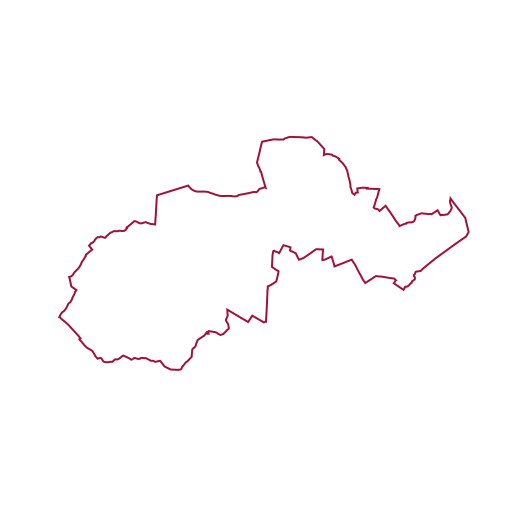 the district of Madaras, Bihor, Romania, rotated 151°
{"feature_id": "2599482B85096243126104", "entity_name": "Madaras", "entity_type": "district", "adm_level": 2, "iso_a3": "ROU", "parent_name": "Romania", "parent_adm1": "Bihor", "projection": "albers", "projection_center": [21.733, 46.85], "detail": "fine", "context": "isolated", "style": "outline", "palette": "rose", "viewbox_px": 512, "rotation_deg": 151, "n_neighbors": 0, "source": "geoboundaries", "source_scale": "gbopen_adm2", "svg_char_len": 6119}
<svg xmlns="http://www.w3.org/2000/svg" viewBox="0 0 512 512"><g transform="rotate(151 256 256)"><path d="M397.0,346.0L396.2,341.0L404.1,339.6L404.7,338.7L405.6,338.1L409.1,336.2L411.1,335.3L413.5,333.4L415.6,332.1L416.7,331.6L418.7,330.8L419.7,330.7L420.5,330.3L422.1,330.0L423.4,329.4L425.1,328.4L425.7,328.2L427.5,327.8L428.7,328.0L429.6,328.3L430.1,326.0L432.3,318.9L429.6,313.2L431.9,312.2L432.7,311.2L433.1,310.9L435.5,309.3L436.8,308.5L437.6,307.7L438.9,306.7L440.4,305.8L441.4,305.5L443.0,305.3L443.4,305.1L446.2,303.1L448.0,302.0L450.5,301.0L452.1,300.8L453.4,300.5L454.6,300.0L457.3,298.2L457.5,298.0L457.1,297.8L457.1,296.6L456.2,294.0L454.9,290.9L453.5,286.9L449.8,271.4L449.7,270.1L449.4,269.2L450.8,268.9L450.6,266.9L450.1,265.8L450.0,264.4L449.8,263.8L449.3,260.8L448.3,257.7L447.8,256.8L445.3,252.7L445.1,252.1L445.0,247.3L445.1,246.3L444.7,244.8L444.4,243.0L441.7,242.4L441.4,242.2L440.8,241.1L440.7,238.8L440.6,238.0L440.4,237.4L440.1,237.1L439.6,236.4L439.2,236.1L437.6,235.2L436.1,234.4L434.9,234.3L433.4,233.3L432.9,233.1L429.6,233.9L429.1,233.7L428.2,233.2L427.4,232.8L426.0,232.6L425.3,232.6L421.0,233.3L420.3,233.2L416.6,228.2L415.7,226.3L415.2,225.7L414.9,225.6L414.4,225.6L412.3,225.8L411.7,225.7L411.4,225.5L409.0,223.1L407.3,222.4L406.1,222.6L405.7,222.5L401.8,220.0L401.6,219.8L398.7,215.3L396.9,214.3L396.5,213.9L395.5,212.3L395.0,212.1L390.7,210.9L390.6,210.7L389.5,203.6L385.6,198.0L381.6,195.6L380.6,194.9L378.4,193.8L377.6,193.5L376.8,193.3L376.6,193.3L375.8,193.6L374.3,194.8L369.3,196.8L368.7,197.0L366.9,197.2L361.3,199.0L360.9,199.3L360.6,199.9L357.0,205.2L355.6,205.7L353.7,206.0L352.7,206.4L351.1,208.0L347.8,210.8L347.2,210.9L339.7,211.5L336.5,213.0L336.4,211.8L336.2,211.6L335.2,211.1L335.2,211.4L334.8,211.9L334.6,213.1L334.0,213.2L333.7,213.2L333.4,213.0L328.4,209.0L327.8,208.2L327.3,207.4L326.9,206.4L326.5,205.7L325.6,204.5L325.2,204.1L322.6,203.6L316.9,205.3L315.4,205.5L314.9,205.8L314.7,206.2L313.4,209.8L313.4,210.2L313.6,213.9L313.5,214.2L313.2,214.8L312.8,215.2L310.0,217.3L309.5,217.8L309.1,218.9L308.5,220.2L307.1,223.0L299.3,209.5L297.1,205.9L294.9,202.1L288.2,205.6L281.3,194.1L280.0,194.1L279.5,194.0L279.1,193.7L272.2,204.7L262.8,220.0L262.6,220.3L262.6,220.5L261.4,222.0L260.4,223.7L256.9,223.4L251.6,223.8L250.9,223.9L250.5,224.1L247.5,227.2L244.9,230.2L243.7,231.7L244.9,233.8L246.6,237.2L247.3,238.8L242.7,246.2L241.7,247.9L240.6,249.4L238.5,251.9L238.4,251.9L237.6,251.9L237.3,251.5L237.1,250.9L236.8,250.4L235.5,249.2L234.4,247.3L226.8,252.1L223.5,248.9L221.6,246.8L223.6,244.3L219.9,239.1L220.3,232.0L219.5,231.8L215.5,231.2L207.0,232.0L200.1,232.8L194.2,229.2L199.4,221.2L199.7,220.7L199.9,220.2L197.4,219.4L190.2,219.0L190.1,218.9L191.6,211.8L192.4,208.8L174.1,206.4L173.6,200.2L173.6,198.6L173.8,195.5L173.9,190.7L173.8,188.6L174.0,183.5L173.5,179.4L160.9,180.3L155.4,176.5L149.4,171.7L146.1,169.3L145.9,169.0L145.8,168.7L145.7,167.8L145.4,166.9L145.9,166.8L148.7,165.3L143.4,154.9L142.1,155.5L141.7,155.8L141.4,156.3L141.0,156.6L140.5,156.7L139.9,156.5L139.5,156.2L138.7,156.1L137.8,156.0L136.6,156.2L133.3,157.3L133.0,157.1L132.6,157.4L131.9,158.1L131.7,158.2L128.5,158.6L127.9,159.3L127.6,159.9L127.4,160.4L127.6,161.4L127.6,162.0L127.4,162.4L127.3,162.7L125.5,163.4L124.4,164.5L123.9,164.7L123.4,164.7L121.0,163.7L119.0,163.1L116.9,163.8L115.7,164.1L100.1,166.9L75.7,169.9L62.7,171.2L58.4,173.9L54.5,187.9L57.5,208.0L57.9,211.1L58.0,212.0L59.1,210.4L59.5,210.4L60.3,208.6L60.8,206.8L61.2,204.0L61.4,203.3L61.9,202.8L63.2,201.8L64.5,201.0L66.4,200.3L67.3,199.9L68.2,199.6L68.5,199.6L70.5,200.4L71.6,200.8L73.7,201.8L74.9,202.2L75.0,204.6L75.0,208.0L82.1,207.4L82.9,208.2L84.3,208.7L90.4,213.0L91.0,213.2L95.3,213.9L97.1,213.9L97.7,212.6L98.8,211.3L100.4,210.1L101.0,209.8L102.4,209.7L104.1,210.2L106.0,211.3L108.0,211.9L108.3,211.9L108.7,211.5L108.9,211.7L112.6,212.3L115.9,212.6L115.8,212.8L116.1,215.7L116.4,216.9L116.7,219.1L116.8,220.9L116.9,222.9L117.3,227.6L118.3,237.1L126.1,235.5L126.7,237.6L127.0,238.2L129.3,240.1L129.5,241.5L129.0,241.8L127.7,243.0L126.5,244.2L123.8,246.9L122.9,247.7L121.4,248.7L120.7,249.5L115.7,254.7L126.2,261.1L125.6,261.6L129.7,264.1L134.7,266.0L136.2,262.2L138.2,263.0L140.1,261.8L141.3,264.2L140.1,269.0L139.9,270.7L139.0,272.4L137.7,276.1L136.9,279.6L135.0,286.0L134.6,289.5L134.5,290.5L134.7,291.1L135.1,294.8L136.7,299.9L136.0,300.7L137.3,302.9L138.3,304.6L140.0,306.4L140.2,306.8L140.4,307.7L140.7,308.1L141.9,308.8L142.4,309.4L142.9,309.7L143.9,310.5L146.0,311.3L147.7,311.4L144.4,316.4L146.8,326.6L148.4,330.0L149.3,332.5L149.5,332.8L150.0,333.2L150.8,333.5L154.7,335.1L155.3,335.5L156.5,336.3L156.9,336.7L158.3,337.5L160.1,338.7L165.6,341.9L166.0,342.3L168.7,343.7L170.0,344.1L173.6,344.8L173.9,344.8L175.3,344.6L176.0,344.8L179.7,346.9L184.3,349.6L195.3,353.0L199.0,349.1L203.0,344.6L209.8,337.3L210.2,335.2L210.5,332.8L210.4,331.9L210.7,329.6L211.2,327.7L210.7,327.3L212.4,320.6L213.7,314.5L214.5,311.0L214.8,311.4L215.7,312.0L219.7,312.8L220.4,312.9L221.2,312.7L223.4,311.8L224.4,311.6L224.7,311.6L225.0,311.8L226.0,312.6L227.2,313.2L232.1,314.6L240.8,317.5L241.5,317.7L243.5,317.5L245.5,318.3L247.4,319.5L248.4,320.4L249.5,321.1L256.9,325.1L258.7,326.3L261.7,329.3L264.0,332.0L265.0,332.9L266.2,334.4L267.5,335.8L270.5,337.7L276.1,340.8L277.1,341.6L278.1,342.5L279.6,344.8L280.0,345.6L281.0,349.4L281.2,350.5L313.2,357.1L315.7,353.3L322.8,342.0L324.6,339.2L325.5,337.9L328.1,333.7L329.0,332.5L330.6,333.8L332.3,334.8L335.2,338.0L335.7,338.8L336.0,339.0L336.8,339.3L338.1,339.6L340.1,340.0L341.2,340.5L341.6,340.8L342.0,341.2L342.8,342.2L343.6,343.7L344.8,345.0L345.4,345.4L346.4,345.3L351.0,344.3L352.6,344.1L354.1,343.7L355.2,343.8L355.5,343.5L355.5,342.7L356.8,342.4L357.2,342.0L357.7,342.0L358.6,341.9L359.1,341.9L360.5,342.4L362.8,344.1L363.6,344.5L364.0,344.6L364.5,344.5L368.2,346.6L368.7,346.7L370.8,346.7L372.3,346.9L374.6,346.4L376.0,346.0L377.7,345.7L378.5,345.1L378.8,345.1L379.1,345.1L379.4,345.2L382.1,348.1L382.8,348.4L383.8,348.3L385.3,349.2L386.5,349.1L388.7,348.4L390.3,347.4L391.8,347.0L392.9,346.8L394.0,347.1L397.0,346.0Z" fill="none" stroke="#9f1239" stroke-width="2"/></g></svg>